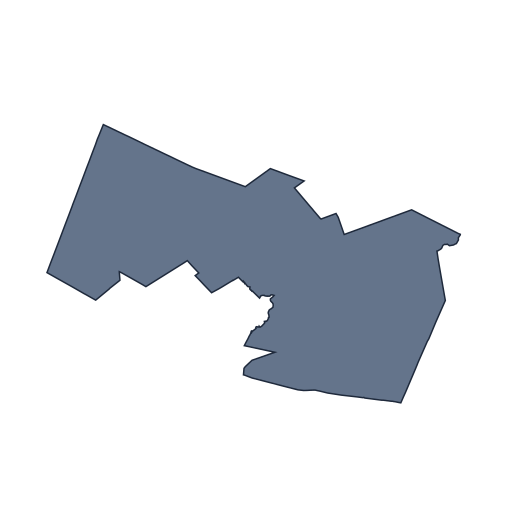 the district of Sabinas, Coahuila, Mexico, rotated 297°
{"feature_id": "50627088B51623896111696", "entity_name": "Sabinas", "entity_type": "district", "adm_level": 2, "iso_a3": "MEX", "parent_name": "Mexico", "parent_adm1": "Coahuila", "projection": "equal_earth", "projection_center": [-101.198, 27.94], "detail": "fine", "context": "isolated", "style": "filled", "palette": "slate", "viewbox_px": 512, "rotation_deg": 297, "n_neighbors": 0, "source": "geoboundaries", "source_scale": "gbopen_adm2", "svg_char_len": 4370}
<svg xmlns="http://www.w3.org/2000/svg" viewBox="0 0 512 512"><g transform="rotate(297 256 256)"><path d="M302.3,444.9L320.5,431.2L328.1,425.5L335.9,419.7L342.5,415.0L342.9,415.5L346.0,417.5L347.5,417.9L350.0,417.7L350.8,417.9L352.1,418.9L352.5,420.1L353.4,421.0L353.2,422.4L353.0,423.7L355.5,427.0L357.3,428.2L358.0,428.9L362.2,429.1L363.8,428.2L364.2,428.0L364.7,428.1L367.5,428.4L368.1,428.2L367.9,426.0L367.8,390.6L367.8,373.7L315.2,324.8L327.8,311.7L330.2,308.0L318.5,297.2L318.7,296.1L318.9,295.6L321.8,288.6L322.7,286.4L323.2,285.4L324.6,281.9L334.1,259.3L334.9,259.7L344.7,264.8L342.7,248.6L340.4,229.1L327.7,222.6L317.8,217.5L312.9,215.0L310.7,196.7L309.4,185.8L308.0,174.1L306.6,162.7L306.3,158.7L306.1,152.1L305.8,140.7L305.7,134.6L305.5,128.9L304.9,105.4L304.8,98.4L304.6,88.5L304.4,83.8L304.2,75.9L303.8,60.3L292.4,61.3L288.1,61.6L282.4,62.4L273.9,63.3L265.2,64.3L257.4,65.1L246.9,66.3L237.4,67.3L227.8,68.4L218.0,69.4L217.7,69.5L207.9,70.6L197.6,71.7L186.8,72.9L174.0,74.3L168.3,74.9L167.6,75.0L157.0,76.1L146.3,77.3L145.8,88.6L145.1,106.3L144.6,116.4L144.4,119.9L144.4,121.6L143.9,133.2L160.0,140.2L160.6,140.3L161.1,140.5L172.6,145.8L179.6,141.5L180.0,141.3L180.0,144.4L179.0,167.6L178.7,171.8L196.7,182.6L206.7,188.6L219.1,196.0L220.7,196.9L218.2,203.4L214.9,212.7L212.9,211.7L210.9,210.7L208.6,217.5L206.7,222.7L203.1,233.1L207.2,235.9L210.1,237.9L213.1,239.8L223.3,246.1L223.7,246.3L223.6,246.5L229.1,250.0L228.1,252.9L227.1,256.1L227.8,256.1L226.8,257.9L226.7,258.0L226.9,258.0L227.1,258.0L225.5,261.3L225.4,261.5L225.1,262.6L225.1,262.8L225.2,263.0L225.3,263.4L225.7,264.7L225.1,264.9L224.9,265.0L224.5,265.1L224.4,265.2L224.2,265.2L223.8,265.4L223.8,265.5L223.3,266.5L223.4,266.8L223.2,266.9L223.2,267.8L223.2,268.0L222.9,268.3L222.7,268.4L222.8,268.8L223.0,269.1L222.9,269.2L222.9,269.3L220.1,278.3L221.8,278.4L222.2,278.3L222.3,278.3L222.5,278.4L222.6,278.5L222.8,278.5L223.0,278.6L223.1,278.8L223.3,278.9L223.9,279.7L224.1,280.0L224.2,280.3L224.3,280.5L224.4,280.8L224.5,280.9L224.5,281.0L224.7,281.3L224.6,281.5L224.6,281.8L224.5,282.0L224.6,282.4L225.0,283.4L225.0,283.5L225.1,283.8L225.2,284.0L225.3,284.2L225.3,284.3L225.5,284.4L225.5,284.5L225.6,284.8L225.8,285.1L225.8,285.3L225.9,285.5L226.0,285.6L226.3,286.2L226.6,286.5L226.9,286.6L227.0,286.7L227.3,286.8L227.5,286.8L228.0,286.9L228.4,287.2L228.6,288.0L228.9,288.4L228.9,289.2L229.1,290.0L228.7,289.9L226.6,289.4L225.6,288.8L224.9,288.6L224.5,288.3L224.1,288.4L223.6,288.6L223.1,288.9L222.4,289.8L222.3,290.4L222.0,290.8L222.0,291.4L221.8,291.8L221.7,291.9L221.7,292.0L221.5,292.3L221.4,292.4L221.4,292.5L221.2,292.7L221.2,292.8L220.1,293.6L219.9,293.7L219.7,293.8L219.4,293.9L219.2,293.9L218.5,294.2L218.1,294.4L217.8,294.3L217.6,294.2L217.3,294.1L217.1,294.0L216.9,293.9L216.5,293.7L215.9,293.5L215.8,293.4L215.7,293.3L215.5,293.2L215.4,293.1L215.2,293.0L215.1,292.9L213.9,292.3L212.1,292.4L211.5,292.4L210.6,292.9L210.3,293.1L209.4,294.1L208.2,295.0L207.8,295.2L207.5,295.4L207.3,295.4L207.2,295.2L206.9,295.0L206.3,295.3L205.1,295.4L204.0,295.4L203.4,295.3L203.0,295.1L202.4,294.3L202.1,293.9L202.0,294.3L201.9,294.2L201.4,293.2L200.2,294.1L199.6,294.0L196.4,293.0L196.1,293.0L194.4,291.9L194.4,291.5L194.9,290.6L194.0,290.7L193.5,289.8L193.5,288.9L193.0,288.3L191.7,288.4L191.4,288.9L190.7,288.6L187.6,287.1L187.3,286.1L186.9,285.9L186.0,286.1L186.1,286.4L186.1,286.8L185.5,286.8L185.6,286.4L184.4,286.4L182.6,286.4L181.3,286.3L179.1,286.4L178.7,286.4L174.6,286.3L174.3,286.3L172.2,286.3L171.1,286.3L170.8,286.3L178.8,316.5L161.3,299.8L152.6,296.7L150.5,296.3L144.4,298.8L144.6,299.4L145.5,307.8L149.4,325.4L152.6,340.0L153.0,341.7L153.5,344.0L155.8,354.2L156.0,354.7L156.6,356.3L157.2,357.9L157.3,358.2L157.8,359.5L158.0,359.9L158.7,361.2L159.7,363.0L161.0,365.2L162.5,367.9L163.4,369.6L163.9,371.7L164.5,373.8L166.4,381.9L170.4,394.0L170.6,394.7L176.3,409.9L178.4,415.8L178.7,416.1L179.0,416.3L178.8,417.3L184.5,433.2L185.3,434.9L185.4,435.1L185.7,436.0L186.0,436.8L186.2,437.3L186.3,437.7L186.7,438.8L187.0,439.5L187.2,440.2L187.5,441.0L187.8,441.9L188.1,442.7L188.3,443.0L188.5,443.5L188.8,444.4L188.8,444.7L189.0,445.2L189.2,445.7L189.4,446.4L189.5,446.7L190.2,449.4L190.9,451.7L197.5,451.3L202.2,451.1L228.0,449.3L230.4,449.1L231.9,449.0L233.7,448.8L234.9,448.7L257.8,447.4L260.4,447.6L278.9,446.2L302.3,444.9Z" fill="#64748b" stroke="#1e293b" stroke-width="1.5"/></g></svg>